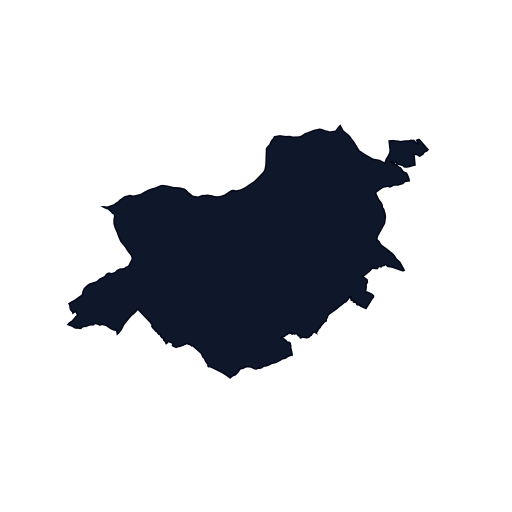 outline of Dragesti, Bihor, Romania, rotated 67°
{"feature_id": "2599482B88212015741869", "entity_name": "Dragesti", "entity_type": "district", "adm_level": 2, "iso_a3": "ROU", "parent_name": "Romania", "parent_adm1": "Bihor", "projection": "mercator", "projection_center": [22.124, 46.918], "detail": "fine", "context": "isolated", "style": "filled", "palette": "ink", "viewbox_px": 512, "rotation_deg": 67, "n_neighbors": 0, "source": "geoboundaries", "source_scale": "gbopen_adm2", "svg_char_len": 6115}
<svg xmlns="http://www.w3.org/2000/svg" viewBox="0 0 512 512"><g transform="rotate(67 256 256)"><path d="M226.8,446.8L228.6,446.6L232.1,447.6L233.7,447.5L235.5,446.8L236.4,446.7L237.0,446.9L236.5,443.6L240.8,443.2L241.3,445.1L243.9,450.1L244.3,451.4L244.3,452.5L244.6,453.7L245.6,455.9L248.8,452.5L251.3,450.8L252.2,449.5L252.3,448.8L253.9,446.2L254.2,445.4L253.5,444.0L253.5,442.6L254.4,439.7L254.3,437.1L254.8,434.8L255.8,432.8L255.1,430.7L256.5,428.6L258.0,427.1L258.5,427.0L258.7,424.7L259.0,424.1L261.3,421.0L266.3,417.8L267.9,416.4L269.3,414.5L269.7,413.2L273.7,414.2L273.0,412.3L271.1,408.8L267.7,404.9L263.5,397.3L262.3,394.6L261.9,394.0L261.3,391.5L260.1,388.4L259.2,386.8L258.8,385.5L275.8,379.1L279.1,378.5L280.1,379.4L282.3,378.9L284.0,378.0L284.5,378.1L286.0,377.6L286.1,377.1L290.2,376.0L290.9,374.8L292.9,375.0L293.3,374.6L294.5,374.5L294.8,373.9L295.5,373.5L295.7,372.9L295.9,372.8L297.1,373.9L299.2,373.0L301.6,372.9L301.6,372.4L300.3,370.2L304.0,366.4L305.8,367.9L307.2,366.9L308.9,365.2L308.9,363.2L309.4,361.6L309.5,360.8L309.3,360.0L309.7,358.1L309.4,356.1L309.6,355.6L309.3,354.9L309.4,354.3L309.9,353.4L310.9,352.5L311.7,351.3L313.7,350.2L313.8,349.6L314.2,349.1L324.3,344.3L328.0,344.4L330.4,343.4L332.5,343.6L336.9,342.7L338.9,343.2L339.4,342.9L339.7,341.8L340.9,340.5L349.3,333.2L353.9,329.9L358.1,327.5L357.1,324.1L357.3,321.5L355.7,317.8L353.8,314.9L354.0,313.1L354.3,312.2L354.1,308.6L354.8,306.5L356.3,303.9L359.1,301.5L360.1,300.1L360.2,299.5L359.9,298.5L360.8,296.1L361.1,294.9L360.7,293.0L360.3,291.9L361.1,289.9L361.1,288.8L361.3,288.0L361.2,285.2L360.9,283.3L361.4,281.6L361.7,278.8L361.3,273.8L360.9,272.6L361.6,268.5L361.2,267.9L360.9,265.4L361.0,262.5L361.4,261.5L359.2,260.8L353.4,259.8L352.6,259.2L349.5,258.6L348.3,259.3L348.2,259.7L347.2,261.2L345.7,261.4L342.3,263.2L341.7,264.3L341.8,264.7L341.4,264.9L340.6,264.4L340.6,263.4L340.7,262.5L341.0,262.2L340.9,260.6L340.4,259.7L340.3,258.6L340.5,258.1L340.3,257.7L339.7,257.6L339.6,257.1L339.7,256.5L340.2,256.1L339.7,255.2L339.8,254.9L340.7,254.4L340.7,253.8L341.2,253.9L342.1,253.3L342.0,252.6L341.4,252.4L341.4,252.0L342.7,251.3L342.9,251.0L342.8,250.4L344.1,248.1L345.3,248.4L346.1,248.2L346.1,247.3L347.2,246.9L348.4,247.3L348.8,247.1L349.0,244.9L349.6,243.5L350.9,241.7L351.3,240.2L351.4,238.8L350.8,238.0L350.5,236.0L349.6,234.9L348.9,233.4L348.8,231.9L350.7,230.5L349.8,230.4L349.6,229.3L347.5,226.8L346.8,224.9L345.6,223.4L343.3,218.6L343.2,216.7L341.6,216.0L340.4,214.4L339.1,213.4L338.1,211.7L336.0,202.2L334.9,199.0L334.2,195.9L333.3,193.0L333.2,190.8L331.5,187.8L329.7,185.3L330.8,184.8L330.8,185.3L331.1,185.5L331.9,184.9L332.3,185.3L332.6,185.3L332.9,184.8L333.4,184.8L333.8,185.6L334.1,185.5L334.3,184.2L334.7,183.8L335.2,184.1L335.4,183.6L335.7,183.6L336.5,184.2L337.2,182.9L338.1,182.1L339.2,181.4L339.5,181.7L339.3,182.1L339.7,182.2L340.6,181.7L341.0,180.9L341.0,180.0L342.0,180.0L342.3,179.3L342.6,179.0L343.2,179.1L347.3,175.3L340.2,165.1L339.9,164.1L339.0,163.5L338.5,163.4L336.4,164.4L333.3,167.1L332.1,168.6L331.3,169.0L328.3,167.0L325.1,165.7L323.8,163.8L321.4,163.0L316.8,165.6L316.5,166.1L316.2,166.0L315.9,162.9L314.1,157.1L312.9,154.5L312.9,153.4L315.0,149.2L313.4,147.1L314.8,145.4L314.9,145.0L314.3,143.6L314.8,141.8L314.4,140.6L314.5,140.0L315.0,139.6L317.1,138.8L318.8,135.9L320.2,134.1L326.9,126.8L327.2,125.6L327.0,125.1L318.1,126.0L313.1,128.2L310.0,128.6L308.0,129.2L301.6,132.6L294.9,136.6L290.7,137.2L287.8,138.4L285.0,136.3L276.1,124.9L270.5,121.6L268.1,120.9L263.1,120.2L260.1,120.8L259.7,120.4L258.8,120.1L256.6,119.9L251.8,121.2L245.4,121.4L244.2,120.8L243.5,118.4L242.5,114.0L242.3,111.9L243.4,106.8L244.7,106.0L244.8,103.9L244.4,102.2L244.5,101.4L246.1,97.6L246.6,92.6L245.6,89.7L246.7,85.6L245.3,85.2L242.4,85.0L238.6,85.1L236.0,87.6L231.1,88.7L230.2,89.7L227.3,91.0L224.9,93.3L222.1,95.2L222.7,93.1L224.0,92.3L224.3,91.7L224.6,90.0L226.2,90.2L230.1,85.4L231.9,84.7L232.9,82.8L233.6,80.1L233.9,76.7L234.4,74.1L224.1,70.8L225.4,68.4L228.1,66.3L227.4,62.3L226.6,61.5L226.2,60.7L226.0,59.4L226.1,58.1L225.4,56.1L212.4,60.3L212.2,62.9L215.8,62.7L216.1,63.1L215.9,63.6L214.1,64.6L211.5,65.5L211.0,65.9L210.9,66.6L211.1,67.3L210.0,68.0L210.1,69.5L208.4,73.9L207.4,77.9L205.6,80.8L204.2,83.5L203.6,84.2L202.1,88.5L211.1,91.2L213.3,92.5L215.9,95.4L217.4,97.8L221.0,101.2L216.3,105.0L212.7,110.5L205.4,116.1L199.4,120.1L188.9,121.6L186.1,122.5L183.3,123.0L182.1,123.3L174.9,127.0L168.8,127.6L169.4,129.0L172.5,134.2L171.8,135.4L171.7,136.3L171.0,138.9L171.0,139.6L168.8,142.0L168.6,142.8L165.3,146.2L164.0,148.3L163.9,150.0L163.3,152.4L163.1,154.6L163.0,160.3L162.7,162.8L163.4,166.2L163.6,168.5L162.9,171.1L161.0,175.9L159.2,178.2L157.8,182.0L154.7,187.2L153.5,192.4L155.3,194.7L155.5,195.7L157.1,197.9L158.9,199.6L160.5,203.2L161.4,204.4L176.0,211.2L180.3,214.1L181.9,216.2L185.7,224.9L187.1,228.9L188.3,235.6L188.8,237.4L189.2,240.6L189.3,244.5L188.4,249.2L187.1,250.8L186.7,251.6L186.4,253.2L187.5,259.6L187.8,260.4L188.1,260.4L187.8,260.9L187.6,264.3L186.9,267.7L186.1,269.6L184.4,272.2L183.6,272.9L181.2,276.8L180.6,278.8L179.6,281.5L179.3,283.4L179.4,285.6L178.7,287.3L176.4,290.7L175.5,291.6L173.8,292.2L171.4,293.7L168.5,294.7L166.6,295.8L163.7,299.6L160.7,305.5L157.1,310.4L154.9,314.0L154.2,316.2L154.2,322.2L153.8,324.7L153.5,328.6L153.8,333.4L154.3,336.7L154.4,338.2L153.4,344.3L152.7,346.3L151.1,348.3L150.3,353.6L151.6,359.8L152.6,361.6L152.7,363.9L153.5,366.2L153.6,366.9L153.3,368.7L153.1,373.3L152.6,374.6L151.4,376.5L151.0,377.5L152.6,376.2L155.0,373.6L159.1,371.7L160.4,371.4L162.3,370.0L164.5,370.7L166.8,372.3L170.8,374.0L175.2,374.5L179.7,374.4L185.5,374.7L189.6,374.6L196.0,372.7L202.4,371.6L206.1,370.5L208.7,370.4L211.1,371.6L213.2,374.4L215.1,376.4L215.8,378.1L215.6,380.2L216.2,381.5L216.2,382.5L215.0,386.3L215.0,388.0L215.4,390.1L216.1,391.5L216.3,392.3L216.0,395.3L215.6,396.4L214.6,397.6L214.3,398.5L214.2,399.8L214.6,400.9L215.7,402.6L216.1,404.7L216.2,408.5L217.6,412.8L216.8,419.9L217.6,423.4L218.9,426.7L221.1,429.1L223.3,430.4L224.2,431.8L225.0,435.8L226.0,439.7L226.4,444.6L226.8,446.8Z" fill="#0f172a" stroke="#020617" stroke-width="1.5"/></g></svg>